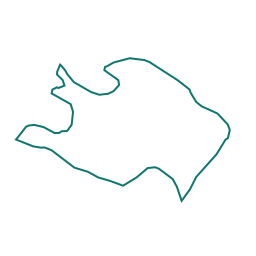 Samayac, Suchitepéquez, Guatemala (Natural Earth projection), rotated 121°
{"feature_id": "79465075B7655458484390", "entity_name": "Samayac", "entity_type": "district", "adm_level": 2, "iso_a3": "GTM", "parent_name": "Guatemala", "parent_adm1": "Suchitepéquez", "projection": "natural_earth1", "projection_center": [-91.468, 14.571], "detail": "fine", "context": "isolated", "style": "outline", "palette": "teal", "viewbox_px": 256, "rotation_deg": 121, "n_neighbors": 0, "source": "geoboundaries", "source_scale": "gbopen_adm2", "svg_char_len": 988}
<svg xmlns="http://www.w3.org/2000/svg" viewBox="0 0 256 256"><g transform="rotate(121 128 128)"><path d="M108.7,218.8L116.2,217.7L118.7,216.4L120.6,208.6L124.4,204.3L129.4,208.1L129.9,210.0L134.0,212.6L137.7,211.3L137.1,189.4L142.5,183.4L154.2,178.0L161.8,178.6L165.1,183.3L167.7,184.5L170.1,188.3L170.7,200.8L173.5,209.7L177.1,214.5L179.5,216.0L195.6,218.0L192.6,199.9L189.9,193.0L187.6,189.3L186.4,182.3L189.6,153.6L186.2,139.9L185.7,128.0L182.6,116.2L180.0,102.5L166.0,95.2L152.2,90.5L147.7,84.5L147.0,80.7L148.7,63.5L153.1,56.0L155.1,53.5L156.7,51.7L162.8,44.5L148.5,43.3L134.9,44.3L105.0,38.6L87.7,38.4L85.2,37.2L77.3,39.7L73.6,44.3L69.5,58.8L71.5,76.0L70.5,83.0L66.9,89.9L65.1,93.0L63.3,95.1L61.5,109.7L60.4,143.5L61.3,148.9L67.3,162.4L79.2,174.0L85.7,177.7L87.5,179.1L90.6,178.1L92.0,160.9L95.7,157.8L103.8,159.3L108.9,162.7L111.6,166.2L114.3,169.8L116.2,178.2L116.6,197.9L113.3,207.4L111.1,211.2L109.3,216.3L108.7,218.8Z" fill="none" stroke="#0f766e" stroke-width="2"/></g></svg>